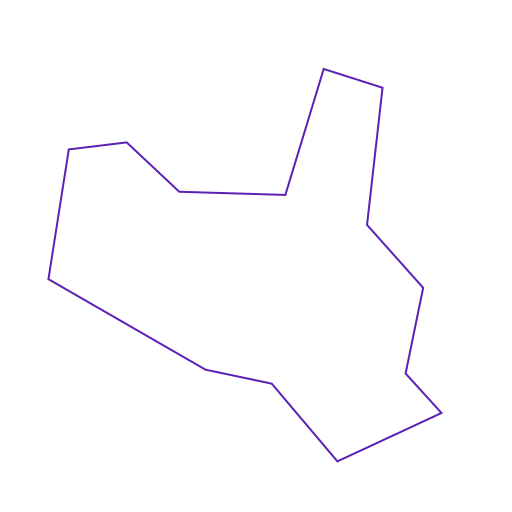 outline of Fergana city, Ferghana, Uzbekistan, rotated 187°
{"feature_id": "79887680B52321906088540", "entity_name": "Fergana city", "entity_type": "district", "adm_level": 2, "iso_a3": "UZB", "parent_name": "Uzbekistan", "parent_adm1": "Ferghana", "projection": "albers", "projection_center": [71.796, 40.393], "detail": "fine", "context": "isolated", "style": "outline", "palette": "violet", "viewbox_px": 512, "rotation_deg": 187, "n_neighbors": 0, "source": "geoboundaries", "source_scale": "gbopen_adm2", "svg_char_len": 342}
<svg xmlns="http://www.w3.org/2000/svg" viewBox="0 0 512 512"><g transform="rotate(187 256 256)"><path d="M459.2,207.7L292.2,137.0L224.8,131.2L150.2,62.1L52.8,122.8L93.2,157.6L86.2,244.8L149.6,300.4L150.9,438.4L211.6,449.9L234.3,320.2L340.0,310.4L398.2,353.0L454.8,339.0L459.2,207.7Z" fill="none" stroke="#5b21b6" stroke-width="2"/></g></svg>